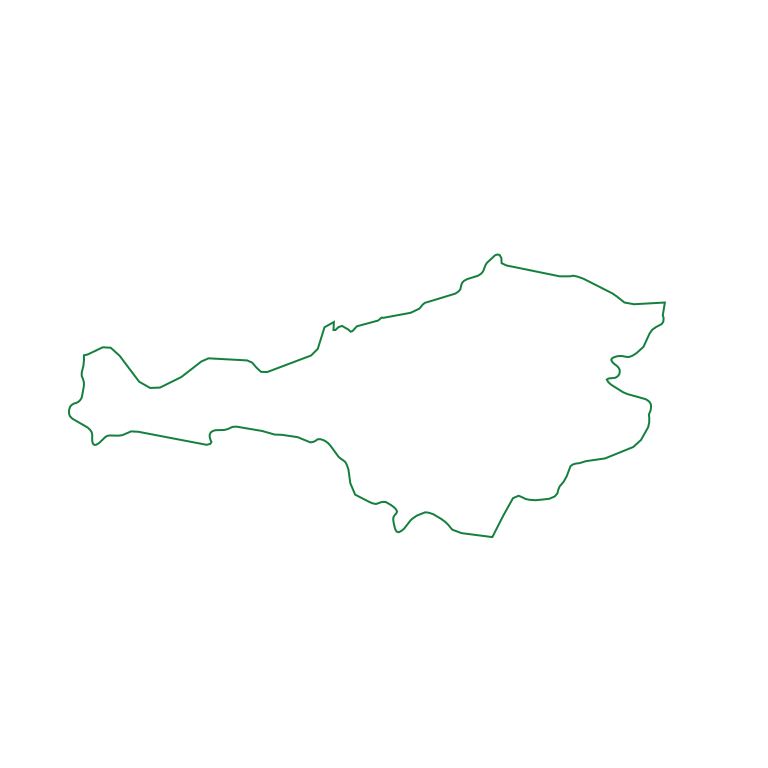 the County of Cavan, rotated 326°
{"feature_id": "IRL-79", "entity_name": "Cavan", "entity_type": "County", "adm_level": 1, "iso_a3": "IRL", "parent_name": "Ireland", "parent_adm1": "", "projection": "mercator", "projection_center": [-7.418, 54.036], "detail": "fine", "context": "isolated", "style": "outline", "palette": "green", "viewbox_px": 768, "rotation_deg": 326, "n_neighbors": 0, "source": "natural_earth", "source_scale": "10m", "svg_char_len": 3010}
<svg xmlns="http://www.w3.org/2000/svg" viewBox="0 0 768 768"><g transform="rotate(326 384 384)"><path d="M151.3,192.4L154.7,193.8L171.4,196.3L177.7,201.1L180.6,212.8L182.3,245.2L187.9,256.5L196.3,261.7L219.8,264.9L245.2,263.2L252.9,264.6L283.7,287.9L286.7,292.6L287.4,299.0L288.8,305.1L293.9,308.8L339.5,319.6L348.8,317.8L366.4,303.7L377.1,304.6L372.3,311.0L373.8,312.1L378.1,311.4L381.7,312.4L384.8,318.8L385.6,322.0L387.5,322.5L393.8,321.0L414.6,328.1L419.1,327.6L420.5,328.8L446.0,339.9L455.5,341.3L460.6,339.8L463.3,339.6L493.5,348.9L497.2,349.0L500.1,348.3L503.4,345.2L505.5,343.8L508.0,343.2L511.8,343.6L522.4,346.8L526.1,346.9L529.0,346.1L534.8,342.1L537.1,341.1L548.0,339.4L550.6,340.1L552.0,341.8L551.7,345.3L550.3,347.5L549.1,349.7L551.8,354.2L590.0,393.1L598.7,398.9L601.3,399.9L604.5,403.2L608.3,408.4L624.0,436.6L625.8,441.2L628.9,450.9L635.9,457.7L662.4,473.5L653.5,483.0L652.7,485.7L650.3,488.6L647.5,489.6L641.4,488.9L636.9,489.0L632.5,490.6L619.9,498.3L610.6,499.6L605.8,499.5L602.2,498.6L600.3,497.2L596.8,493.8L594.8,492.4L592.6,491.3L589.9,490.5L587.7,490.2L585.8,491.1L585.6,493.9L586.2,496.4L587.1,498.9L587.6,501.5L587.3,504.0L586.1,505.9L584.5,507.5L582.0,508.3L579.3,508.2L573.2,505.0L571.2,504.9L571.0,507.5L571.5,510.2L572.5,513.0L577.6,524.5L580.2,528.5L592.3,542.7L593.4,544.9L594.1,547.3L593.9,550.0L592.6,552.4L590.3,554.9L586.6,557.4L584.9,560.5L582.6,563.9L578.9,567.5L565.8,574.1L555.5,575.6L525.6,569.3L508.3,560.9L502.0,559.0L498.7,557.3L495.5,556.3L492.7,556.4L484.1,562.5L478.3,565.5L472.4,567.1L469.2,569.2L466.7,571.6L462.5,572.7L456.6,571.5L444.8,565.2L439.9,561.4L437.1,558.5L435.5,555.6L433.1,551.9L427.1,550.8L409.7,559.6L388.2,571.5L364.9,551.0L359.2,543.0L358.8,540.2L358.6,537.2L357.8,533.0L356.1,528.1L352.1,519.6L349.2,515.8L346.4,513.4L337.7,511.5L332.3,511.5L329.7,511.9L319.7,515.2L316.7,515.5L313.4,515.2L312.0,513.6L312.0,511.3L312.7,508.8L314.6,504.0L315.7,501.8L317.2,499.8L319.2,498.8L321.5,498.3L323.4,497.2L323.9,495.0L323.4,491.9L322.1,488.2L319.5,482.9L316.6,480.7L310.2,479.0L307.6,476.3L305.9,473.6L298.2,459.6L300.6,447.4L306.7,435.0L307.9,430.6L308.3,427.0L307.5,424.5L306.0,420.5L305.6,418.6L305.1,405.3L304.6,401.9L303.6,398.9L302.3,396.5L300.2,394.0L297.9,392.7L295.6,392.8L293.1,392.5L290.3,391.2L282.7,379.8L271.0,369.1L265.1,364.8L256.8,354.9L237.8,336.8L234.3,334.8L229.3,334.0L225.9,332.8L218.5,328.1L215.8,327.2L213.2,327.3L211.3,328.4L209.9,330.4L209.0,332.9L208.5,335.6L206.5,336.5L202.9,335.2L153.7,286.3L147.9,281.9L138.4,280.1L134.9,278.3L127.7,273.2L125.7,272.3L123.4,272.1L115.1,273.6L111.3,273.4L109.9,272.6L109.3,270.8L110.1,268.4L112.0,265.4L113.5,263.3L114.6,260.8L114.8,258.1L114.0,254.4L106.3,238.6L105.6,235.2L106.2,232.8L107.5,230.6L109.1,228.8L111.1,227.3L113.2,226.7L115.9,226.8L118.2,227.6L120.7,227.9L123.0,227.5L125.2,226.6L126.8,225.3L133.8,218.1L135.3,216.2L136.5,213.9L137.3,211.3L137.8,208.6L138.9,206.7L140.0,205.3L145.0,200.8L148.9,196.1L151.3,192.4Z" fill="none" stroke="#15803d" stroke-width="2"/></g></svg>